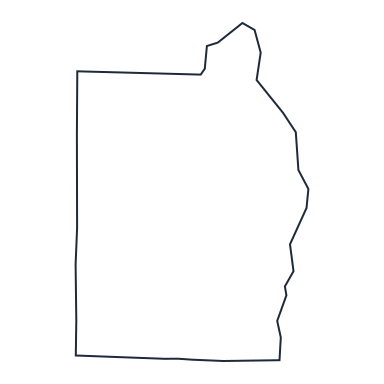 the district of Henry, Alabama, United States of America
{"feature_id": "52423323B43963641408818", "entity_name": "Henry", "entity_type": "district", "adm_level": 2, "iso_a3": "USA", "parent_name": "United States of America", "parent_adm1": "Alabama", "projection": "orthographic", "projection_center": [-85.179, 31.541], "detail": "fine", "context": "isolated", "style": "outline", "palette": "slate", "viewbox_px": 384, "rotation_deg": 0, "n_neighbors": 0, "source": "geoboundaries", "source_scale": "gbopen_adm2", "svg_char_len": 496}
<svg xmlns="http://www.w3.org/2000/svg" viewBox="0 0 384 384"><path d="M306.1,208.9L306.5,208.2L308.4,189.0L298.4,170.0L295.8,132.2L283.0,112.8L256.6,80.0L260.7,52.6L254.6,30.0L242.4,23.0L217.8,42.6L206.9,46.0L204.8,68.7L200.7,74.6L77.3,71.3L76.9,134.6L77.1,228.2L75.6,264.2L76.3,320.4L75.8,355.5L164.7,358.8L177.8,358.7L192.4,359.7L223.5,361.0L279.5,360.2L280.8,337.5L277.2,320.9L286.4,295.3L284.9,286.4L293.5,271.2L290.0,244.3L306.1,208.9Z" fill="none" stroke="#1e293b" stroke-width="2"/></svg>